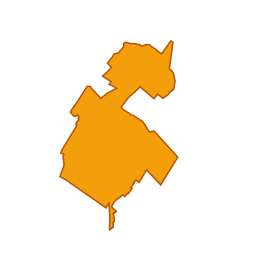 outline of Chiautla, México, Mexico, rotated 211°
{"feature_id": "50627088B23878207605719", "entity_name": "Chiautla", "entity_type": "district", "adm_level": 2, "iso_a3": "MEX", "parent_name": "Mexico", "parent_adm1": "México", "projection": "natural_earth1", "projection_center": [-98.884, 19.571], "detail": "fine", "context": "isolated", "style": "filled", "palette": "amber", "viewbox_px": 256, "rotation_deg": 211, "n_neighbors": 0, "source": "geoboundaries", "source_scale": "gbopen_adm2", "svg_char_len": 5022}
<svg xmlns="http://www.w3.org/2000/svg" viewBox="0 0 256 256"><g transform="rotate(211 128 128)"><path d="M91.2,31.3L90.6,32.7L90.0,34.6L89.6,35.5L91.4,38.1L92.1,39.1L91.9,39.9L91.7,40.8L92.7,42.2L93.4,43.0L93.2,43.7L95.2,45.6L96.1,46.5L96.8,47.2L96.4,48.3L95.8,47.9L95.6,48.5L95.5,48.8L95.3,49.3L95.2,49.8L95.1,50.1L95.0,50.6L96.1,50.7L96.9,51.0L97.7,51.2L98.4,51.2L98.9,51.4L99.6,51.6L100.1,51.7L100.8,51.8L101.0,51.8L101.3,51.9L101.6,53.6L101.6,53.8L101.7,55.3L101.7,55.9L101.8,57.7L101.7,58.0L101.2,59.7L100.7,61.2L100.3,62.3L99.5,64.1L99.2,64.7L99.0,65.2L98.9,65.5L98.0,68.3L95.5,67.5L95.1,69.8L94.7,71.9L94.1,71.7L93.8,73.2L93.6,74.3L93.5,75.2L93.5,75.5L93.5,76.0L93.4,78.3L94.8,78.3L94.7,79.5L94.5,81.8L94.4,83.6L94.4,84.0L94.9,84.1L94.8,84.3L94.3,87.6L91.0,87.2L90.4,87.1L90.4,90.0L90.5,93.0L90.5,95.9L90.5,98.8L90.6,101.7L90.2,101.6L89.2,101.3L88.4,101.1L86.7,100.6L86.1,100.4L85.0,100.1L80.4,98.8L77.2,97.9L70.6,96.0L70.6,103.5L70.6,103.8L70.5,111.5L70.5,111.8L70.4,115.8L70.4,117.4L70.4,118.0L70.4,120.3L70.3,128.6L71.6,129.1L72.9,129.5L73.3,129.6L77.4,130.8L80.7,131.8L104.1,138.8L104.8,138.3L107.7,135.6L107.8,135.6L114.9,139.4L116.3,140.0L117.1,140.4L118.4,140.9L118.7,141.1L121.2,141.3L121.3,141.2L121.5,141.1L122.4,141.2L123.5,141.3L124.7,141.2L129.4,141.5L129.5,141.5L129.8,141.5L130.2,141.4L132.1,140.8L134.2,141.2L134.3,141.2L136.7,141.2L139.0,141.3L141.6,141.4L141.9,141.5L144.3,142.0L144.6,142.1L144.5,142.5L144.5,143.3L144.3,144.7L144.2,146.1L143.8,149.2L143.8,149.8L143.7,150.5L143.5,152.4L143.5,152.8L143.2,154.9L143.0,155.6L142.3,157.6L142.1,158.3L140.6,162.9L140.2,164.2L139.1,168.5L138.9,169.6L138.4,169.5L136.5,169.2L135.8,169.0L133.4,168.6L132.3,168.5L131.3,168.3L129.2,167.9L128.8,167.9L126.0,167.4L125.5,167.3L125.4,167.3L124.9,167.2L121.1,166.5L120.8,166.5L120.7,166.5L120.3,172.1L119.1,172.0L118.7,172.0L117.7,172.0L116.4,171.8L115.2,171.7L114.0,171.6L113.1,171.5L113.0,172.1L113.0,172.3L112.8,172.8L112.7,173.1L112.5,173.5L112.1,174.2L111.8,174.8L111.6,175.1L111.2,176.6L110.8,178.0L110.7,178.2L110.6,179.2L110.5,179.6L110.2,181.8L109.6,181.9L109.5,182.7L109.4,183.4L109.3,184.6L108.8,184.6L109.1,185.4L109.4,186.2L109.8,187.3L110.7,189.7L111.8,192.4L111.8,192.5L116.5,197.6L118.5,198.8L119.2,199.2L119.5,199.4L119.8,199.6L120.4,199.7L121.7,199.9L122.6,200.1L123.1,200.2L124.8,204.1L125.7,206.1L126.0,206.9L126.0,207.0L127.1,209.5L128.2,212.0L129.2,214.5L130.3,217.0L131.4,219.5L132.5,222.0L133.5,224.5L136.2,224.7L136.3,223.7L136.4,222.1L136.4,221.8L136.4,221.0L136.5,220.7L136.5,220.3L136.5,220.0L136.8,216.0L136.8,215.8L136.9,215.5L136.9,215.4L136.9,215.2L137.3,210.3L137.3,210.0L137.4,208.9L137.4,208.7L140.4,209.1L141.3,209.2L141.7,209.2L141.8,209.3L142.1,209.3L143.6,209.5L145.2,209.8L145.3,209.8L145.5,209.8L146.9,209.8L147.0,209.8L147.4,209.8L147.9,209.8L149.3,209.9L149.6,209.9L150.9,210.1L152.0,210.5L153.7,209.9L154.7,209.2L155.9,208.4L157.1,206.7L157.5,206.2L157.9,205.8L158.5,205.4L160.8,205.4L162.2,205.0L163.7,204.5L164.4,204.2L165.9,203.7L166.2,203.6L166.4,203.2L166.8,203.1L167.5,202.7L169.2,202.0L170.3,201.0L171.8,201.1L172.9,200.8L174.0,200.1L174.8,199.6L175.0,199.0L175.3,198.1L173.4,195.7L173.8,194.1L174.1,192.1L174.5,189.7L174.6,189.1L174.7,188.8L174.9,188.0L175.0,187.5L175.0,187.2L176.0,186.3L177.2,185.3L178.0,184.3L178.0,183.7L178.0,182.5L177.9,181.4L178.0,180.2L178.3,178.7L179.0,173.0L178.3,172.8L176.8,172.4L175.6,172.0L175.4,172.0L175.1,171.9L173.7,171.7L173.4,171.6L173.9,169.2L174.9,164.5L175.5,162.8L175.6,162.7L176.0,161.4L176.5,159.3L173.7,159.2L167.7,159.1L166.4,159.1L166.7,155.6L165.0,155.9L162.8,156.2L161.6,156.2L161.0,156.2L160.4,156.2L158.3,156.0L159.6,153.8L160.9,151.7L161.0,151.4L163.2,147.9L163.8,147.0L163.9,146.7L165.4,142.5L165.9,141.1L166.4,139.7L166.6,139.2L166.9,139.3L168.9,140.2L170.3,140.6L171.3,140.8L174.6,141.8L175.3,142.0L175.5,142.0L176.3,142.3L177.0,142.5L177.5,142.6L177.9,142.7L178.4,142.8L179.0,143.0L179.3,143.1L179.7,143.3L180.8,143.9L181.2,144.1L181.4,144.1L181.7,144.1L182.3,144.0L184.4,142.8L184.3,142.5L184.4,142.4L185.0,123.5L185.1,123.4L185.7,115.1L185.6,112.1L185.2,111.7L184.4,111.5L183.1,111.1L181.7,110.6L180.3,110.2L180.2,111.2L179.0,111.0L178.0,113.1L177.4,112.9L176.8,112.7L175.9,112.5L175.7,110.3L174.6,110.0L174.8,108.2L175.0,106.1L174.5,105.9L174.7,104.1L173.2,103.7L173.2,101.1L173.2,98.5L173.2,95.8L173.2,93.2L173.2,90.6L173.2,88.0L173.2,85.4L173.3,82.7L173.3,80.1L173.3,77.5L173.3,74.9L172.7,72.0L169.3,72.2L169.0,69.9L167.4,68.0L165.9,66.2L164.3,64.3L164.0,63.6L163.5,62.4L163.0,59.6L162.4,56.9L161.9,54.1L161.3,51.3L159.1,51.4L156.8,51.5L154.5,51.6L150.8,51.3L150.0,51.2L146.8,51.0L143.6,50.8L141.1,50.6L138.6,50.4L136.0,50.3L133.7,50.1L131.3,50.0L129.0,49.8L125.9,49.6L122.9,49.4L120.0,49.2L117.1,49.0L114.2,48.8L111.3,48.6L108.5,48.4L105.6,48.2L105.7,53.6L105.8,54.5L105.6,54.2L105.2,53.7L103.6,50.7L102.9,49.7L102.0,48.5L100.8,46.8L99.6,45.1L97.6,42.1L96.2,40.0L95.4,38.4L93.6,35.0L93.1,34.0L93.0,33.9L92.7,33.3L91.6,31.8L91.2,31.3Z" fill="#f59e0b" stroke="#b45309" stroke-width="1.5"/></g></svg>